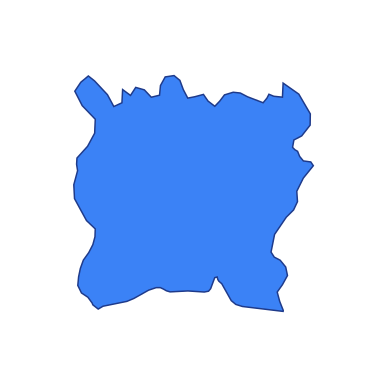 Varna, Equal Earth projection, rotated 75°
{"feature_id": "BGR-2260", "entity_name": "Varna", "entity_type": "Province", "adm_level": 1, "iso_a3": "BGR", "parent_name": "Bulgaria", "parent_adm1": "", "projection": "equal_earth", "projection_center": [27.58, 43.197], "detail": "fine", "context": "isolated", "style": "filled", "palette": "blue", "viewbox_px": 384, "rotation_deg": 75, "n_neighbors": 0, "source": "natural_earth", "source_scale": "10m", "svg_char_len": 1413}
<svg xmlns="http://www.w3.org/2000/svg" viewBox="0 0 384 384"><g transform="rotate(75 192 192)"><path d="M330.9,134.9L315.6,173.0L311.9,178.8L307.1,182.2L288.3,187.0L285.2,189.1L283.3,189.7L280.6,189.7L280.6,192.2L290.2,199.0L292.1,201.7L291.8,206.0L286.5,221.6L282.8,239.0L280.8,242.3L278.4,244.7L276.2,247.3L275.1,251.3L275.6,259.3L279.8,275.8L280.8,283.2L279.3,307.5L280.8,312.9L275.3,317.0L273.4,317.2L266.7,319.8L260.9,324.9L252.7,326.5L244.6,323.5L236.9,319.6L229.7,314.6L223.8,307.4L217.2,301.4L210.1,297.3L202.6,295.0L192.3,301.3L168.0,307.2L154.4,304.3L141.8,297.0L135.3,296.3L129.4,294.3L120.8,281.0L110.0,270.8L96.7,266.6L80.2,275.7L64.3,279.1L57.2,271.0L53.1,262.1L59.6,257.3L76.1,248.5L89.2,245.4L87.7,236.6L75.1,232.5L82.8,226.4L76.4,219.3L81.0,211.6L89.9,206.8L90.1,198.3L81.0,194.9L73.9,188.1L74.9,179.2L81.1,174.8L90.8,173.9L100.2,171.8L100.7,164.7L100.7,155.7L108.3,153.0L115.1,147.8L111.4,141.7L106.6,135.5L106.3,126.4L108.9,119.7L114.4,113.7L124.2,100.2L120.7,95.3L117.5,92.4L120.7,88.2L123.8,80.1L110.4,75.8L125.1,63.5L147.2,57.5L158.0,60.6L166.2,71.5L168.1,80.1L174.9,83.3L177.8,81.7L180.0,79.5L185.5,78.8L190.8,76.4L193.7,69.5L198.0,68.0L207.4,80.9L218.4,90.6L228.6,92.6L235.6,98.5L240.7,107.4L254.3,123.2L270.5,131.2L276.2,129.4L280.7,124.5L288.7,120.9L297.4,121.4L305.0,128.7L310.7,135.6L320.4,135.6L330.0,134.5L330.9,134.9Z" fill="#3b82f6" stroke="#1e3a8a" stroke-width="1.5"/></g></svg>